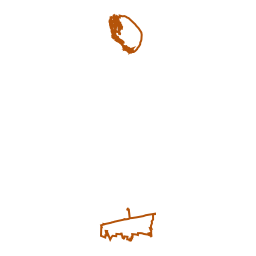 the district of Progreso, Yucatán, Mexico
{"feature_id": "50627088B147152783463", "entity_name": "Progreso", "entity_type": "district", "adm_level": 2, "iso_a3": "MEX", "parent_name": "Mexico", "parent_adm1": "Yucatán", "projection": "orthographic", "projection_center": [-89.747, 21.878], "detail": "fine", "context": "isolated", "style": "outline", "palette": "amber", "viewbox_px": 256, "rotation_deg": 0, "n_neighbors": 0, "source": "geoboundaries", "source_scale": "gbopen_adm2", "svg_char_len": 5701}
<svg xmlns="http://www.w3.org/2000/svg" viewBox="0 0 256 256"><path d="M155.0,213.7L145.8,215.2L143.4,216.1L136.3,217.4L132.4,218.0L129.7,218.2L129.5,216.0L128.8,209.5L128.2,209.1L127.3,209.0L127.0,209.2L127.3,209.0L127.3,209.5L128.1,209.6L128.3,209.4L128.7,209.5L128.8,210.0L128.7,210.1L128.1,210.1L128.5,210.1L128.5,210.3L128.8,210.4L129.7,218.3L128.9,218.8L128.2,219.0L125.4,219.4L125.2,219.4L125.2,219.2L124.3,219.1L124.0,219.6L114.8,221.6L113.7,222.0L111.8,222.4L110.9,222.8L104.6,224.1L103.9,224.0L104.1,224.4L101.1,225.3L101.6,226.8L101.3,226.7L101.0,235.8L105.2,237.5L105.4,235.3L106.6,235.4L105.7,230.9L107.1,231.0L107.0,231.7L110.2,239.6L111.5,237.1L112.6,235.8L116.2,236.2L116.4,233.9L120.6,234.3L120.8,233.7L121.6,233.6L122.6,237.8L123.5,238.4L123.6,237.9L124.2,238.0L124.4,236.4L127.5,236.8L127.2,239.3L129.3,239.6L129.4,240.2L130.3,240.1L130.4,240.6L130.8,240.6L131.1,240.3L131.2,239.3L130.3,239.2L130.3,238.5L131.3,238.4L131.4,238.2L132.0,238.3L131.8,237.0L132.5,237.0L132.6,235.7L132.3,235.7L132.2,234.1L136.2,234.5L137.9,235.0L138.0,233.1L140.5,233.1L142.1,233.3L144.0,234.0L148.0,234.6L148.9,235.0L149.0,234.6L149.9,234.9L148.7,233.4L149.4,233.2L149.5,233.7L150.6,234.8L150.0,235.0L151.0,236.3L151.4,236.0L151.4,235.6L151.1,232.8L151.2,230.7L150.7,230.1L150.0,228.2L151.4,228.5L151.1,227.9L150.9,226.6L151.0,225.7L152.0,223.2L151.7,221.3L153.1,219.5L153.0,214.3L155.0,214.1L155.0,213.7ZM122.4,16.3L119.7,15.6L119.8,17.5L118.4,17.3L117.7,16.7L117.3,17.4L116.6,16.9L116.3,16.2L115.5,16.4L114.2,19.3L114.3,19.7L114.9,20.2L114.9,20.6L114.6,20.7L112.5,21.1L111.5,21.5L111.8,22.0L111.7,22.8L111.9,23.0L111.9,24.1L112.2,24.4L112.5,23.9L112.2,22.4L112.4,21.7L113.3,21.6L113.6,22.3L114.0,22.5L115.2,22.0L115.4,21.4L115.7,21.2L115.5,20.6L115.9,19.3L115.8,18.2L116.2,17.4L116.7,20.2L116.3,23.2L116.9,25.0L117.2,25.3L117.0,23.5L117.1,22.5L117.5,21.3L118.0,20.6L118.0,19.3L118.2,19.0L119.0,21.9L119.0,22.8L119.4,24.3L119.7,23.8L119.6,23.0L120.0,23.2L120.3,23.0L120.5,24.2L120.7,25.0L121.0,25.3L121.1,24.9L121.2,25.0L121.4,26.1L122.1,26.9L121.8,28.6L121.3,28.4L120.7,28.5L119.7,30.3L119.3,31.3L119.3,32.0L120.1,33.5L120.0,34.1L119.9,34.1L119.5,33.4L119.1,33.6L118.8,32.2L118.2,32.1L117.8,31.4L117.1,31.8L116.1,30.9L115.8,30.8L115.6,31.8L115.1,30.9L114.8,30.9L114.6,32.5L114.8,33.1L115.9,35.6L117.0,36.7L116.8,37.0L116.0,37.5L115.8,37.8L116.4,37.7L117.6,36.9L117.9,36.9L118.5,38.5L119.5,39.3L121.8,40.5L123.5,42.0L123.6,42.7L122.8,43.0L121.8,42.2L120.5,42.3L121.0,42.0L120.2,41.7L119.0,40.6L118.7,40.7L119.0,41.1L118.9,41.3L118.0,41.5L119.3,42.2L120.4,43.2L120.9,43.3L121.6,44.3L122.6,44.8L122.4,45.3L123.3,46.0L123.4,46.4L123.1,46.4L123.1,47.0L124.2,48.0L124.3,48.7L123.8,49.0L124.6,49.3L125.1,49.0L125.4,48.5L125.1,47.0L124.6,46.5L124.6,46.1L125.4,46.3L126.1,46.2L126.1,46.6L126.5,46.7L127.0,47.4L127.5,47.3L128.1,47.9L129.0,47.9L129.5,48.5L130.2,48.8L129.5,49.3L128.0,49.8L128.7,50.2L129.3,50.2L129.7,49.7L130.4,49.4L130.7,48.9L131.9,48.7L133.0,48.3L132.4,49.0L130.6,49.5L130.1,49.9L130.0,50.4L130.8,50.8L132.7,50.1L132.9,50.2L132.7,50.8L131.0,51.3L130.2,52.6L131.0,52.7L131.8,52.1L133.7,52.0L135.3,50.9L137.1,49.1L137.6,47.9L138.6,46.9L140.1,44.5L140.3,42.5L141.1,40.8L141.4,39.4L141.7,34.8L141.3,32.4L138.7,28.4L136.1,25.6L135.3,24.4L128.6,18.1L127.0,17.5L126.3,16.9L124.5,16.1L122.4,16.3ZM112.0,29.6L113.0,29.9L112.8,29.2L111.3,26.8L110.8,23.4L110.3,22.6L110.5,21.4L110.0,20.4L109.7,20.4L109.6,20.8L109.5,21.9L110.0,23.2L110.1,25.2L110.4,25.8L110.8,27.9L112.0,29.6ZM113.8,36.2L113.9,33.7L113.7,33.1L113.0,31.9L111.6,30.2L111.6,31.7L113.2,34.5L112.5,34.1L112.9,35.6L112.5,35.6L112.3,35.8L113.0,36.4L114.0,37.0L113.8,36.2ZM116.2,25.5L115.8,25.5L115.2,26.0L115.2,26.9L114.7,26.9L114.9,28.7L115.6,27.9L115.6,27.0L116.1,27.3L116.0,26.4L116.3,25.9L116.2,25.5ZM127.4,49.8L126.3,49.5L126.3,48.8L126.1,48.3L125.9,48.5L125.9,49.4L125.6,49.7L125.6,50.0L126.8,50.6L127.6,50.7L127.3,50.1L127.4,49.8ZM114.0,19.3L114.3,17.7L114.8,16.7L114.4,15.9L113.9,17.0L113.8,17.9L113.6,18.4L114.0,19.3ZM118.9,30.3L119.3,30.4L119.5,29.4L119.3,28.5L118.9,28.3L118.6,29.5L118.9,30.3ZM118.7,27.4L118.8,27.0L118.7,26.1L118.8,24.6L118.6,24.1L118.2,25.9L118.5,27.4L118.7,27.4ZM129.3,52.2L128.6,51.2L127.8,51.1L127.9,51.6L128.5,51.9L129.1,52.7L129.4,52.6L130.0,51.8L129.6,51.8L129.3,52.2ZM113.8,37.7L112.9,36.9L112.5,37.2L113.6,38.4L114.4,38.4L114.5,37.9L113.8,37.7ZM116.7,40.3L115.4,39.7L114.7,39.7L116.1,40.3L116.8,41.0L117.7,40.7L117.8,40.5L116.7,40.3ZM113.4,26.5L113.5,25.3L113.2,24.8L113.0,24.7L112.8,25.9L113.4,26.5ZM113.8,20.8L113.5,20.6L112.3,20.7L111.5,20.5L110.9,20.8L111.3,21.3L112.7,20.8L113.8,20.8ZM119.7,26.1L119.9,25.2L119.6,24.7L119.4,24.9L119.4,25.8L119.5,26.0L119.7,26.1ZM117.7,41.3L118.8,41.2L118.2,40.7L117.5,40.9L117.7,41.3ZM113.6,16.7L113.8,16.7L114.2,15.4L113.7,15.4L113.6,15.6L113.6,16.7ZM110.6,20.4L110.9,20.1L110.7,19.1L110.5,18.8L110.4,19.8L110.4,20.3L110.6,20.4ZM120.6,28.3L120.8,27.6L120.1,26.9L120.4,28.2L120.6,28.3ZM115.4,30.6L115.8,29.9L115.3,28.9L115.1,29.2L115.4,30.6ZM118.1,22.5L118.2,21.6L118.0,21.2L117.8,21.3L117.8,22.3L117.9,22.6L118.1,22.5ZM115.2,24.7L115.4,24.6L115.3,24.2L114.8,23.4L114.9,24.5L115.2,24.7ZM118.1,39.2L118.1,38.8L117.8,38.8L117.4,38.8L117.1,39.2L117.3,39.4L117.5,39.2L118.1,39.2ZM118.5,21.1L118.4,22.2L118.5,22.7L118.8,21.3L118.5,21.1ZM125.4,49.6L125.7,48.9L125.6,48.5L125.3,49.2L124.9,49.7L125.4,49.6ZM111.7,18.5L111.7,17.2L111.4,17.1L111.3,17.6L111.7,18.5ZM115.5,23.3L115.8,23.1L115.5,22.9L115.3,22.4L115.1,22.9L115.5,23.3ZM130.1,51.9L130.6,51.4L130.7,51.1L130.5,50.9L130.3,51.1L130.1,51.9ZM111.3,19.1L111.4,18.6L111.1,18.2L111.0,18.6L111.3,19.1ZM114.3,20.4L114.1,20.1L114.1,20.5L114.8,20.5L114.7,20.4L114.3,20.4Z" fill="none" stroke="#b45309" stroke-width="2"/></svg>